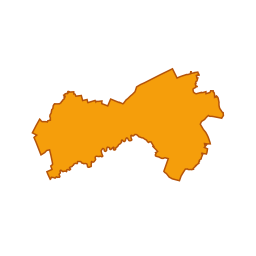 Catalina, Covasna, Romania (Albers equal-area conic projection), rotated 30°
{"feature_id": "2599482B45349138492818", "entity_name": "Catalina", "entity_type": "district", "adm_level": 2, "iso_a3": "ROU", "parent_name": "Romania", "parent_adm1": "Covasna", "projection": "albers", "projection_center": [26.117, 45.937], "detail": "fine", "context": "isolated", "style": "filled", "palette": "amber", "viewbox_px": 256, "rotation_deg": 30, "n_neighbors": 0, "source": "geoboundaries", "source_scale": "gbopen_adm2", "svg_char_len": 5841}
<svg xmlns="http://www.w3.org/2000/svg" viewBox="0 0 256 256"><g transform="rotate(30 128 128)"><path d="M198.9,147.9L198.0,143.2L198.0,140.2L198.2,134.9L199.0,134.5L199.8,133.8L200.2,133.7L200.7,133.9L201.7,133.5L203.5,132.3L203.9,132.3L205.3,131.0L204.7,130.5L205.8,126.5L205.5,126.5L207.0,122.9L206.3,122.4L206.5,121.1L206.1,120.8L206.0,120.4L206.1,119.6L206.8,118.2L206.6,117.6L206.4,117.4L205.9,113.6L204.8,113.5L204.7,112.7L205.6,112.6L208.9,111.3L208.6,109.8L207.3,106.3L203.8,106.6L204.3,103.8L203.1,104.4L202.2,103.5L202.0,103.2L204.6,102.1L207.2,100.6L206.2,99.5L204.3,97.8L202.1,95.9L200.1,94.5L197.5,92.9L194.0,91.6L188.7,88.6L188.4,86.4L188.6,85.1L189.7,83.1L190.2,81.9L190.2,81.3L190.9,78.2L191.4,77.4L191.4,77.0L193.0,77.0L194.7,76.0L196.5,75.3L203.9,72.8L203.8,72.7L204.2,72.4L204.4,69.5L202.7,67.1L202.2,67.3L201.1,66.9L197.7,65.2L197.2,64.8L195.8,63.3L194.7,61.7L194.0,60.3L193.4,59.6L191.1,57.0L189.8,56.3L188.6,56.0L188.5,56.5L188.9,57.2L188.8,57.4L188.1,57.5L187.5,56.9L187.2,57.1L187.2,57.4L186.0,55.5L185.6,55.1L184.7,54.2L183.7,54.1L183.2,53.2L181.0,54.4L181.2,56.3L178.4,59.3L177.3,57.6L175.2,59.8L173.6,60.9L173.5,60.7L169.9,64.3L168.6,64.5L166.8,64.2L165.4,62.7L165.0,62.1L164.9,61.7L165.5,60.2L166.1,59.4L166.2,59.1L166.1,58.6L166.2,58.3L167.0,57.9L167.2,57.5L167.1,57.4L166.0,57.5L165.5,57.4L165.1,57.2L164.1,56.0L164.1,55.8L164.6,55.5L164.0,54.9L163.8,54.2L163.7,53.9L163.6,53.7L163.9,53.4L164.2,52.6L163.9,51.8L163.5,49.9L163.4,49.7L162.6,50.3L161.0,48.4L161.6,48.0L161.5,47.4L163.1,46.8L162.7,46.1L161.6,45.6L160.5,44.7L157.8,46.8L157.9,47.0L155.2,49.3L154.6,47.7L154.2,47.9L154.6,49.0L155.0,49.8L153.1,51.8L152.1,52.3L149.2,55.5L147.4,57.6L145.5,60.2L136.9,54.5L129.6,65.3L119.6,80.7L117.2,84.0L114.9,88.1L115.8,92.3L115.9,93.2L115.0,96.7L114.2,98.8L113.1,102.7L112.3,104.6L111.8,108.8L111.5,109.6L107.5,110.1L107.5,110.4L98.5,111.6L99.4,119.0L93.1,120.0L93.0,119.9L91.9,117.6L89.0,119.8L87.2,120.8L87.1,121.3L87.1,121.5L85.7,120.6L80.6,126.1L80.4,126.0L78.3,123.8L75.0,126.9L71.3,123.2L67.0,126.5L65.4,125.3L64.8,125.2L64.1,125.6L62.9,123.8L59.2,126.3L59.1,125.9L58.1,126.1L57.7,126.5L58.0,126.9L58.4,127.4L58.4,127.6L58.1,127.7L58.0,127.9L58.5,128.3L58.3,128.6L57.4,128.9L56.7,129.6L56.6,130.2L56.3,130.4L56.3,131.0L55.9,131.7L56.7,132.0L56.8,131.6L57.2,131.7L57.9,132.3L58.0,132.6L57.9,132.9L57.6,132.9L57.6,133.1L57.3,133.3L58.0,133.8L58.0,134.1L58.2,134.5L58.1,135.0L57.8,135.4L57.8,135.7L57.7,135.8L57.6,136.4L57.5,136.8L57.7,137.5L57.4,137.9L57.2,138.4L57.4,139.4L57.0,140.1L56.7,141.1L56.6,141.3L56.0,141.6L55.5,142.0L53.2,143.3L52.5,143.6L52.3,143.8L52.5,144.2L52.4,144.4L52.1,144.7L52.1,146.1L53.2,148.8L52.8,150.2L53.0,151.0L53.3,151.4L53.4,152.1L53.6,152.3L53.9,153.4L54.0,154.1L53.9,155.2L54.2,156.3L54.4,156.9L54.7,157.2L55.4,157.9L55.7,158.0L56.3,159.2L56.9,159.9L56.9,160.1L56.1,160.5L55.5,161.4L54.9,162.0L55.0,162.2L55.0,162.6L55.1,163.1L53.4,163.7L50.5,165.4L49.5,165.4L48.4,164.9L47.1,164.5L47.2,171.9L47.6,180.0L52.5,179.8L51.3,183.2L55.6,186.4L66.1,194.8L68.2,190.9L68.8,188.2L71.0,186.1L74.9,190.2L80.3,196.3L80.9,197.4L80.1,199.5L82.9,201.9L79.6,206.4L81.3,207.8L82.7,208.8L86.3,211.3L86.4,211.1L86.5,210.6L86.3,209.5L86.3,209.0L86.4,208.9L87.5,208.5L88.6,208.0L89.4,208.0L89.9,207.8L90.2,207.5L90.2,206.5L90.4,206.1L91.6,206.0L92.3,205.4L93.2,205.0L93.3,204.3L93.1,203.9L91.6,202.7L91.5,201.8L91.8,201.1L91.8,200.8L91.5,200.2L90.8,199.5L90.6,198.9L90.6,198.4L90.9,198.2L91.7,198.0L92.1,198.1L92.6,198.5L93.6,198.3L93.9,197.7L94.7,197.1L95.7,196.5L96.5,196.5L96.5,195.8L96.3,195.5L96.0,195.0L96.0,194.7L96.2,194.4L96.9,193.9L98.0,193.9L98.4,193.7L98.8,192.7L98.8,192.3L97.5,192.0L97.2,191.6L97.2,191.4L97.5,190.8L98.8,189.3L98.8,188.4L99.3,187.4L99.2,186.5L99.3,186.1L100.1,184.9L101.7,184.3L101.7,184.2L101.8,183.8L101.2,182.7L101.2,182.2L103.6,180.8L104.2,180.8L105.3,181.4L106.6,181.1L107.4,181.1L108.8,180.1L110.0,179.7L110.7,179.9L111.1,180.3L112.4,181.8L113.2,181.9L114.1,181.3L114.6,180.5L115.2,180.0L115.3,179.6L115.2,179.2L114.5,178.4L114.3,178.0L114.2,177.3L113.3,176.0L113.2,175.5L113.4,175.1L114.7,175.2L115.4,174.3L115.5,173.9L115.6,173.0L115.7,172.2L115.7,171.5L115.5,171.2L114.5,170.3L114.2,169.5L114.3,168.9L114.6,168.4L114.9,168.2L117.1,167.3L117.4,167.1L117.9,166.4L118.2,166.2L119.5,166.1L119.8,165.9L120.2,165.3L120.2,165.0L120.0,164.7L118.3,163.5L116.2,161.3L116.1,161.0L116.3,158.8L116.5,158.3L116.8,158.2L117.6,158.2L118.2,158.6L118.7,159.4L119.0,159.6L119.4,159.7L120.2,159.5L120.4,159.2L120.7,158.2L120.6,157.9L120.0,156.9L119.7,155.4L119.7,155.0L120.1,154.7L121.8,154.3L122.1,154.5L122.5,155.3L123.4,155.5L123.8,155.3L124.0,155.0L124.1,154.0L124.7,152.4L125.1,151.9L125.4,151.9L125.8,152.2L125.9,153.6L126.3,154.0L127.0,154.0L127.6,153.6L127.8,153.3L127.9,152.9L127.9,152.5L127.4,151.7L127.4,151.2L127.9,150.2L128.1,149.3L128.3,148.7L128.2,147.5L128.4,146.7L129.1,145.6L129.5,143.7L129.4,143.5L128.8,142.7L128.6,142.0L128.6,141.7L128.8,141.5L129.3,141.3L130.4,141.8L130.8,141.8L131.7,141.5L132.0,140.7L132.0,140.0L131.6,138.8L131.6,137.6L131.9,137.1L132.6,137.1L133.3,137.4L134.6,138.2L135.4,138.4L136.1,138.1L137.0,137.2L137.2,136.8L137.2,136.3L135.4,134.8L135.1,134.3L134.9,133.8L134.4,133.4L134.4,132.9L134.7,132.5L136.1,132.5L136.5,132.2L136.9,131.4L137.0,130.4L137.9,129.8L138.5,129.5L139.5,129.5L142.2,130.2L142.9,129.8L143.7,129.8L145.1,129.5L145.6,129.2L146.3,129.1L148.6,129.3L149.9,129.2L150.7,129.5L151.5,130.0L153.0,130.3L153.2,130.1L153.4,129.3L153.5,129.2L154.9,128.5L159.2,130.9L158.7,131.1L158.7,131.5L163.0,132.7L165.4,133.5L165.0,134.5L164.2,135.5L165.0,135.9L165.1,137.6L165.8,138.4L166.9,138.3L169.0,137.7L172.2,137.5L173.6,136.8L174.1,136.3L174.4,135.7L175.0,135.2L178.2,134.4L180.7,147.6L182.0,148.1L183.6,148.2L184.7,148.5L188.4,150.0L189.1,149.9L191.7,149.9L198.9,147.9Z" fill="#f59e0b" stroke="#b45309" stroke-width="1.5"/></g></svg>